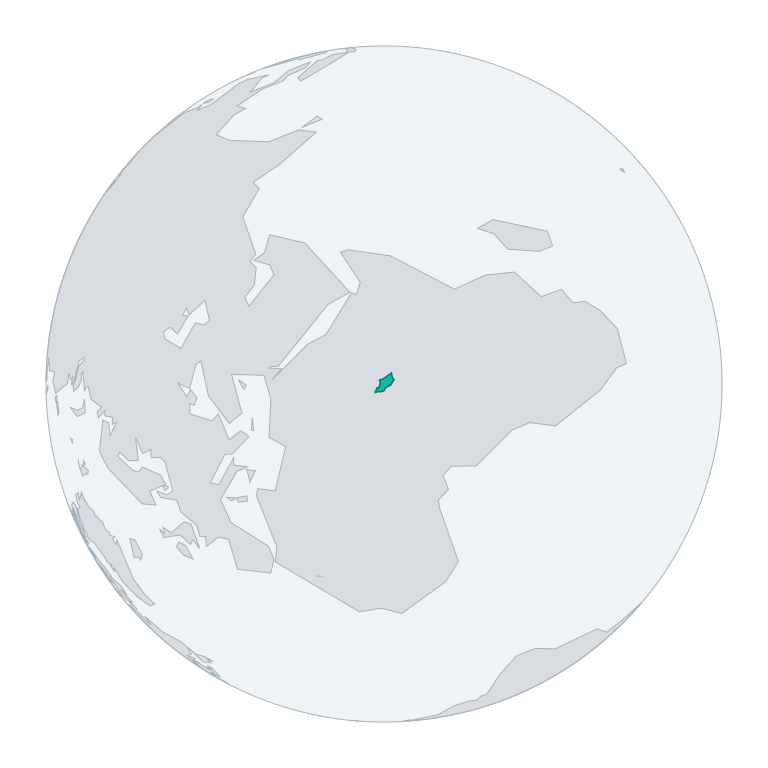 the Earth from above Eastern Darfur, rotated 256°
{"feature_id": "SDN-5857", "entity_name": "Eastern Darfur", "entity_type": "State", "adm_level": 1, "iso_a3": "SDN", "parent_name": "Sudan", "parent_adm1": "", "projection": "orthographic", "projection_center": [26.343, 11.27], "detail": "fine", "context": "on_globe", "style": "filled", "palette": "teal", "viewbox_px": 768, "rotation_deg": 256, "n_neighbors": 0, "source": "natural_earth", "source_scale": "10m", "svg_char_len": 9016}
<svg xmlns="http://www.w3.org/2000/svg" viewBox="0 0 768 768"><g transform="rotate(256 384 384)"><circle cx="384" cy="384" r="338" fill="#eef3f6" stroke="#a8b0b8"/><path d="M279.1,62.8L280.1,62.5L287.3,60.2L292.4,58.8L292.6,58.8L282.8,61.7L281.2,62.2L278.4,63.1L273.4,64.7L276.0,64.0L264.1,68.2L276.1,64.4L266.8,68.1L258.8,70.9L259.5,70.1L254.0,72.1L279.1,62.8ZM185.2,110.7L185.5,110.5L196.3,103.0L202.3,99.4L214.8,91.7L219.1,89.6L232.0,82.9L230.1,84.8L221.4,90.7L210.6,96.7L206.4,99.9L216.8,95.5L196.8,109.3L183.8,123.8L178.6,128.0L168.3,131.9L168.1,127.3L154.7,136.5L163.4,132.0L150.3,144.0L148.2,147.0L148.9,147.8L153.9,144.1L149.5,149.0L139.2,154.3L143.1,149.8L146.3,147.8L146.1,146.3L139.1,151.7L133.0,158.4L130.2,160.9L147.3,142.8L165.7,126.1L185.2,110.7ZM52.1,320.4L52.1,324.4L51.2,328.2L50.1,357.0L54.8,373.8L55.8,389.6L54.7,397.5L57.7,402.5L57.8,408.3L74.9,427.1L88.2,446.9L90.8,467.0L85.6,486.0L94.9,531.5L89.3,540.0L97.3,557.8L109.3,580.5L107.1,577.7L93.8,557.1L82.0,535.5L71.7,513.2L63.2,490.2L56.3,466.6L51.2,442.6L47.8,418.2L46.2,393.7L46.4,369.2L48.4,344.7L52.1,320.4ZM232.1,82.4L232.0,82.7L229.7,83.7L232.1,82.4ZM237.8,79.6L235.2,80.7L237.5,79.6L239.0,78.9L237.8,79.6ZM240.5,78.6L241.9,77.4L246.0,75.5L255.5,71.6L240.5,78.6ZM294.9,58.1L296.2,57.7L306.3,55.1L305.4,55.6L302.4,56.2L294.9,58.1ZM300.3,56.8L304.7,56.0L300.2,57.4L294.2,58.4L300.3,56.8ZM312.5,53.7L311.1,54.1L310.4,54.2L312.5,53.7ZM286.6,63.1L288.0,62.0L293.4,60.5L286.6,63.1ZM306.6,55.6L308.2,55.2L310.4,54.6L312.3,54.5L306.6,55.6ZM326.4,51.0L327.1,50.9L334.4,49.7L335.1,49.7L324.5,51.4L329.8,50.5L330.3,50.5L321.1,52.1L325.3,51.2L326.4,51.0ZM321.1,52.9L308.2,55.9L304.5,58.0L299.6,59.2L306.5,55.8L321.1,52.9ZM321.9,52.2L320.3,52.8L315.0,53.7L312.9,53.9L321.9,52.2ZM341.6,48.7L340.0,49.1L340.1,48.9L341.6,48.7ZM321.0,53.2L324.1,52.5L321.4,53.2L321.0,53.2ZM335.4,49.9L335.1,49.8L337.7,49.4L335.4,49.9ZM330.6,51.5L326.4,52.3L324.8,52.3L330.6,51.5ZM333.6,50.6L337.3,50.2L326.7,51.8L333.0,50.6L333.6,50.6ZM337.9,49.6L339.3,49.4L337.6,49.7L337.9,49.6ZM339.0,51.6L326.1,53.7L322.6,53.4L335.6,51.3L339.0,51.6ZM647.7,172.7L647.1,171.9L641.4,165.0L646.1,171.7L638.1,162.2L645.7,173.0L652.0,180.1L650.8,177.0L660.8,191.7L670.2,204.4L680.4,221.8L695.5,256.1L697.1,269.0L699.2,275.2L695.0,269.7L696.8,283.3L710.2,314.9L712.4,325.0L711.8,347.1L710.5,339.6L699.6,325.1L702.8,350.0L711.2,367.3L714.3,390.4L710.1,385.1L706.3,365.1L702.4,359.3L699.7,337.8L689.3,308.3L684.8,316.4L681.6,303.9L666.6,281.4L658.0,292.7L646.9,330.6L651.3,363.0L644.8,379.1L622.3,335.8L611.5,305.8L603.8,310.2L580.3,287.4L541.0,291.0L535.0,283.6L527.7,288.2L511.1,281.9L501.8,269.8L491.9,271.6L516.6,303.6L527.2,301.9L535.4,287.9L540.4,299.8L556.4,309.2L540.1,341.1L481.2,373.1L474.8,349.0L427.0,285.8L428.1,278.4L427.9,277.6L427.3,276.2L423.5,288.2L415.0,276.0L441.2,320.1L445.9,339.6L480.4,374.6L477.3,378.6L488.2,385.6L522.5,373.6L522.8,381.8L507.0,420.9L459.0,475.2L465.1,508.8L461.1,537.5L430.7,557.6L432.9,579.0L417.0,587.0L415.7,598.9L402.7,611.8L381.3,623.8L345.2,624.1L343.4,613.6L325.9,592.6L301.8,540.3L311.3,516.1L308.2,496.9L282.2,453.4L287.9,429.4L280.8,419.1L266.3,421.1L258.1,408.7L249.2,408.0L194.0,413.2L177.2,396.0L157.1,345.7L167.1,327.3L168.9,305.1L237.6,235.6L252.1,240.6L306.2,233.2L313.0,236.0L306.6,252.5L347.1,273.5L360.2,259.6L397.0,270.6L421.5,269.6L430.2,238.4L390.1,239.1L383.2,224.3L415.3,210.8L450.4,212.0L448.8,206.4L426.7,194.4L434.7,184.3L419.0,189.6L425.4,195.1L415.7,199.1L409.3,194.5L412.4,190.8L401.8,188.5L389.8,208.4L395.0,216.1L367.3,220.1L373.3,233.8L365.7,240.3L352.9,219.9L354.1,212.4L330.1,191.5L326.3,199.5L348.7,220.2L341.7,218.6L336.6,231.3L335.0,220.4L311.5,197.3L286.6,202.0L254.7,232.6L240.2,234.9L228.0,228.3L239.7,197.1L270.9,195.7L275.5,186.2L269.3,172.5L279.3,173.8L280.6,168.5L292.4,168.0L309.2,155.9L321.2,154.8L327.9,139.9L335.0,137.7L329.0,146.8L331.3,153.3L361.1,152.6L366.9,149.5L368.9,140.2L376.9,141.9L374.9,133.2L392.2,129.9L369.5,127.1L371.2,117.9L381.7,111.2L378.2,108.1L361.1,119.3L358.0,124.5L361.8,129.4L349.8,145.1L339.5,147.9L336.7,130.8L321.8,133.4L326.2,120.4L369.5,95.6L387.5,91.6L416.9,102.4L412.7,107.5L400.0,105.8L411.6,115.1L410.7,110.6L417.3,112.5L420.6,105.5L425.5,106.6L420.3,98.6L426.6,99.2L429.8,104.3L440.0,96.1L453.2,96.5L453.2,94.2L449.4,91.7L468.6,94.8L467.8,93.1L461.2,91.3L455.1,87.0L452.0,81.0L458.8,82.3L460.8,84.6L475.4,92.3L479.9,99.3L482.3,99.3L480.1,93.7L462.3,84.2L458.5,80.3L467.6,84.1L464.0,82.4L464.3,80.9L470.9,81.1L461.1,76.9L454.4,63.1L466.6,63.3L475.4,67.3L478.0,62.7L491.4,65.4L485.3,63.5L482.4,61.4L478.1,60.3L474.9,59.4L468.7,56.9L491.8,63.7L514.3,72.2L536.2,82.3L557.3,93.9L577.6,107.0L596.8,121.5L615.0,137.4L632.0,154.5L647.7,172.7ZM214.1,271.5L212.3,278.0L214.1,271.5ZM488.0,230.1L508.6,230.3L498.3,211.8L505.4,210.7L499.3,205.2L497.4,210.5L482.4,195.8L490.9,190.1L487.8,182.6L480.8,182.3L467.6,195.4L489.1,215.9L484.8,223.8L488.0,230.1ZM52.2,324.4L51.7,328.9L51.5,327.9L52.2,324.4ZM64.2,275.0L63.2,278.2L64.2,275.0ZM150.9,143.7L151.6,143.4L151.2,145.1L149.1,146.4L150.9,143.7ZM163.5,143.2L156.0,151.3L159.9,145.9L155.4,148.6L158.1,141.4L176.2,129.7L167.5,135.9L163.5,143.2ZM166.6,129.9L162.9,134.9L166.2,130.0L166.6,129.9ZM276.2,143.4L280.1,146.5L275.5,152.2L260.3,156.4L266.8,147.8L276.2,143.4ZM286.8,149.8L288.3,133.3L297.8,131.0L292.2,134.9L298.4,135.0L291.0,141.5L298.6,156.6L295.0,162.9L268.9,165.4L279.4,160.7L274.9,157.5L286.8,149.8ZM275.3,104.2L276.1,99.5L295.7,100.1L292.7,104.6L277.4,108.3L271.9,105.2L275.3,104.2ZM257.0,72.9L256.0,72.8L258.8,71.7L261.8,70.9L257.0,72.9ZM286.8,62.7L264.1,72.9L261.9,73.0L251.3,80.1L241.2,83.5L248.4,78.6L232.7,87.2L235.1,84.2L225.1,90.2L242.2,79.0L243.8,77.4L245.9,77.6L255.1,74.3L259.6,72.4L273.4,66.3L281.3,62.4L291.8,59.4L297.0,58.3L296.7,58.8L290.0,60.4L294.4,59.9L284.5,62.7L286.8,62.7ZM352.6,60.9L345.0,60.4L352.1,64.2L342.3,65.2L343.7,65.6L336.5,67.9L330.4,71.7L325.9,71.8L325.4,73.3L320.7,75.2L318.5,77.4L309.7,78.8L306.4,81.8L304.1,80.8L300.7,85.9L299.3,82.8L293.1,85.7L297.7,87.1L255.6,93.6L239.1,100.3L226.0,108.1L225.3,103.1L237.2,93.2L254.9,82.8L270.9,77.7L267.7,77.0L274.4,74.5L274.2,76.1L278.6,72.3L284.1,70.9L299.8,64.6L302.9,61.0L308.7,59.1L310.3,59.8L315.0,57.5L321.8,57.8L326.2,56.7L337.2,56.3L337.7,59.2L342.5,57.8L351.2,58.1L352.6,60.9ZM341.9,51.5L344.7,53.7L340.7,55.6L323.1,55.5L318.2,56.5L306.8,57.6L312.9,55.1L315.6,54.9L319.6,54.2L316.1,55.2L321.9,53.9L325.8,53.8L331.4,53.0L330.8,53.8L341.9,51.5ZM320.7,229.9L325.9,230.6L334.2,229.9L331.1,238.3L320.7,229.9ZM304.4,214.2L309.1,213.1L308.8,223.7L303.4,223.4L304.4,214.2ZM312.0,204.1L309.4,212.3L307.5,207.7L312.0,204.1ZM333.4,145.8L338.5,144.6L338.9,146.8L336.0,150.1L333.4,145.8ZM371.6,76.2L367.9,74.7L369.5,73.9L367.4,69.4L374.5,68.8L378.6,71.3L371.6,76.2ZM423.3,243.8L416.2,250.0L412.5,247.2L415.7,245.6L423.3,243.8ZM371.3,244.2L383.1,248.0L370.4,246.4L371.3,244.2ZM379.1,74.8L377.4,72.9L382.0,73.9L379.1,74.8ZM379.6,68.3L385.1,69.0L375.1,68.3L379.6,68.3ZM535.2,664.8L535.6,667.5L531.2,668.5L535.2,664.8ZM517.3,529.2L492.6,579.7L477.1,581.0L475.1,567.0L484.8,536.8L503.1,527.0L512.3,512.7L517.3,529.2ZM718.2,433.7L715.5,438.0L713.4,436.0L714.7,429.8L718.2,427.7L718.5,432.0L718.2,433.7ZM714.5,429.8L710.1,417.2L697.9,376.0L702.4,375.0L713.9,397.7L713.4,402.9L716.1,413.4L714.5,429.8ZM721.1,407.7L720.4,409.0L719.6,408.0L719.1,390.1L719.4,380.1L720.4,379.2L719.4,343.1L719.6,344.7L721.8,376.2L721.1,407.7ZM652.7,365.9L660.0,383.9L655.9,388.1L652.7,365.9ZM717.3,328.5L718.3,334.8L716.7,325.0L717.3,328.5ZM702.4,284.4L701.6,287.2L699.9,282.5L699.9,276.2L702.4,284.4ZM694.7,251.1L696.5,255.3L693.1,247.6L688.3,237.0L693.8,249.0L694.7,251.1ZM437.6,73.8L432.6,80.1L433.7,85.6L441.8,89.8L428.3,87.3L426.6,78.6L437.6,73.8ZM451.7,64.0L444.5,61.3L448.9,61.5L451.2,62.1L451.7,64.0ZM446.5,63.1L435.3,62.0L432.2,60.0L441.6,61.1L446.5,63.1ZM407.2,66.6L405.2,68.3L401.5,67.3L407.2,66.6ZM472.7,58.9L468.6,57.7L470.8,58.0L472.7,58.9ZM458.6,54.8L459.1,55.2L455.8,54.2L458.6,54.8ZM460.5,56.7L457.9,55.1L464.5,57.6L460.5,56.7Z" fill="#d9dde1" stroke="#a8b0b8" stroke-width="1"/><path d="M386.0,394.6L385.6,394.6L385.2,394.3L384.1,393.0L383.1,391.7L382.6,391.6L382.5,391.4L382.1,390.8L382.1,390.7L381.8,390.7L381.5,390.5L381.5,390.4L381.4,390.4L381.4,389.4L381.1,389.0L381.1,388.4L380.6,386.7L379.7,384.5L378.8,383.7L377.3,382.1L377.3,378.1L377.9,377.3L378.0,375.7L377.7,373.4L378.0,373.4L378.2,373.5L378.4,373.6L378.6,373.7L379.6,374.7L380.4,375.1L380.7,375.3L381.9,376.3L382.0,376.4L382.1,376.5L381.9,376.8L381.4,376.9L381.3,377.0L381.2,377.0L381.2,377.3L381.4,377.5L381.8,377.8L382.3,378.3L382.8,379.2L383.1,379.5L383.3,379.6L383.5,379.6L383.9,379.6L384.2,379.6L384.5,379.7L384.7,379.8L384.8,379.9L385.0,380.2L385.3,380.4L385.6,380.5L385.8,380.6L388.1,380.6L388.9,380.7L389.1,381.7L389.1,383.1L389.2,383.8L389.2,384.0L389.6,385.6L391.6,390.6L391.7,391.1L392.6,393.0L393.0,393.9L392.9,393.9L392.3,393.9L391.6,393.8L391.4,393.9L390.9,393.8L390.1,393.8L389.8,393.8L388.3,393.8L386.0,394.6L386.0,394.6Z" fill="#14b8a6" stroke="#0f766e" stroke-width="1.5"/></g></svg>